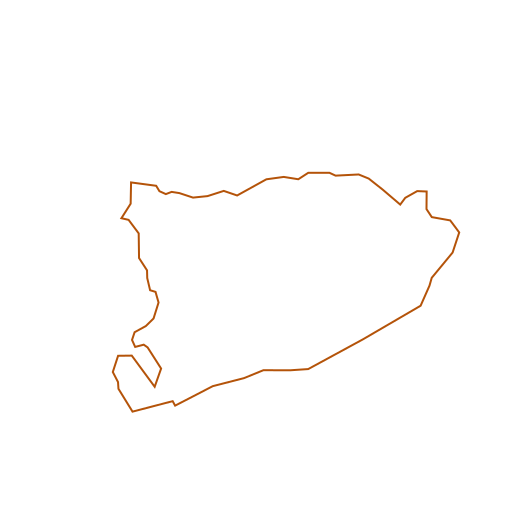 Abalak, Tahoua, Niger, rotated 59°
{"feature_id": "23599985B73397103622086", "entity_name": "Abalak", "entity_type": "district", "adm_level": 2, "iso_a3": "NER", "parent_name": "Niger", "parent_adm1": "Tahoua", "projection": "mercator", "projection_center": [6.168, 15.504], "detail": "fine", "context": "isolated", "style": "outline", "palette": "amber", "viewbox_px": 512, "rotation_deg": 59, "n_neighbors": 0, "source": "geoboundaries", "source_scale": "gbopen_adm2", "svg_char_len": 948}
<svg xmlns="http://www.w3.org/2000/svg" viewBox="0 0 512 512"><g transform="rotate(59 256 256)"><path d="M154.3,351.9L159.4,346.6L176.2,344.9L197.5,357.3L212.2,356.8L218.9,360.6L230.8,364.4L235.0,360.6L245.7,363.5L256.8,376.0L259.3,386.5L258.8,399.3L264.1,405.5L271.7,406.4L274.2,397.9L278.5,396.0L303.6,395.3L315.9,410.2L277.4,413.8L270.5,425.6L281.7,438.5L293.0,439.2L299.0,442.3L325.8,442.0L337.5,402.2L342.6,402.4L345.3,360.1L354.5,329.2L357.7,308.5L371.7,285.3L379.8,269.5L382.5,207.6L383.4,140.5L370.8,122.6L365.2,116.6L354.3,85.7L340.5,69.7L335.1,70.2L325.5,71.2L313.2,85.3L303.6,85.7L288.6,76.5L283.4,84.4L283.0,98.1L286.2,105.9L264.4,113.2L247.7,119.5L239.0,126.0L228.1,146.4L222.5,150.2L211.6,168.4L212.0,180.2L202.5,191.5L195.6,207.6L194.4,241.0L183.6,250.1L179.7,266.7L173.5,279.9L162.6,289.3L157.6,295.3L156.5,301.4L150.7,305.4L144.4,305.4L128.6,325.2L146.6,336.5L154.3,351.9Z" fill="none" stroke="#b45309" stroke-width="2"/></g></svg>